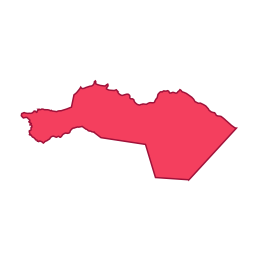 La Sorciere, Dennery, Saint Lucia, rotated 188°
{"feature_id": "8701671B33968538338102", "entity_name": "La Sorciere", "entity_type": "district", "adm_level": 2, "iso_a3": "LCA", "parent_name": "Saint Lucia", "parent_adm1": "Dennery", "projection": "albers", "projection_center": [-60.886, 13.974], "detail": "fine", "context": "isolated", "style": "filled", "palette": "rose", "viewbox_px": 256, "rotation_deg": 188, "n_neighbors": 0, "source": "geoboundaries", "source_scale": "gbopen_adm2", "svg_char_len": 5615}
<svg xmlns="http://www.w3.org/2000/svg" viewBox="0 0 256 256"><g transform="rotate(188 128 128)"><path d="M60.6,85.0L59.1,87.1L20.6,143.0L22.1,143.0L25.8,144.9L30.9,148.3L32.3,149.2L33.4,150.0L35.3,151.2L37.5,152.4L39.3,152.5L40.8,152.4L42.3,152.8L43.2,154.0L44.4,155.2L45.8,155.2L47.8,155.5L48.1,155.7L48.6,156.0L50.1,156.8L51.2,158.2L52.6,159.4L54.0,160.6L56.3,161.6L59.7,162.7L61.9,162.3L65.4,163.5L67.0,165.6L68.0,166.4L69.1,167.3L71.2,168.4L74.9,170.3L76.7,170.8L77.7,171.1L78.3,171.2L78.6,171.2L79.1,171.3L79.7,171.6L80.7,172.6L81.0,172.8L81.9,173.2L82.2,172.6L82.3,172.5L82.7,171.8L83.6,170.9L84.0,170.0L84.4,169.7L84.9,169.3L85.4,169.1L87.3,169.5L88.5,169.6L90.1,168.8L91.4,168.4L92.2,169.0L92.6,169.9L92.7,170.0L93.2,170.2L93.8,170.5L94.7,170.1L95.7,169.8L96.1,169.7L96.4,169.7L96.9,169.6L97.4,169.8L98.1,169.6L98.5,169.1L99.2,168.5L99.8,168.5L100.9,168.3L101.4,167.8L102.1,166.9L102.7,165.9L103.0,165.5L103.3,162.1L103.9,161.1L104.3,160.5L104.7,159.5L105.0,158.8L105.3,157.3L105.5,157.1L106.0,156.7L107.5,156.3L108.9,156.3L109.9,156.1L110.6,155.8L112.1,154.8L113.1,154.0L116.6,153.9L117.2,153.4L118.0,153.3L118.6,153.0L119.9,152.3L122.0,152.6L122.5,152.9L123.6,153.5L124.4,154.1L125.2,154.8L126.0,156.2L126.2,156.8L127.5,157.5L129.3,157.3L129.8,157.5L130.1,157.8L130.5,158.3L130.5,159.4L130.9,160.4L132.0,161.3L132.8,161.5L134.3,161.2L136.8,160.1L137.7,159.6L138.8,159.4L140.4,159.9L141.9,160.7L142.9,161.8L143.2,162.5L143.8,163.2L143.7,163.2L144.9,164.2L146.8,163.2L151.5,162.9L152.7,163.0L154.8,163.8L154.8,164.9L153.8,166.4L153.7,167.7L154.2,168.6L155.4,167.7L156.1,166.6L157.4,166.3L161.4,166.3L164.2,166.7L165.9,167.2L166.2,167.9L166.4,169.5L166.9,170.1L167.7,169.2L167.7,167.4L168.7,165.5L169.9,164.5L171.5,164.1L175.4,162.2L177.1,161.1L178.8,160.7L179.7,161.0L180.5,161.9L181.2,160.2L183.5,156.3L184.4,155.1L186.1,153.3L186.9,140.8L191.5,138.2L196.6,135.8L198.1,135.5L199.6,135.1L200.8,134.3L205.6,134.3L206.4,134.8L207.4,134.3L208.6,134.8L210.1,134.9L213.4,134.5L214.5,134.8L215.9,134.8L216.8,134.2L217.8,133.9L218.4,134.2L219.4,134.0L219.1,133.8L219.0,133.6L219.2,133.4L219.9,133.0L220.1,132.5L220.1,132.0L220.3,131.5L220.3,131.2L220.6,130.8L220.8,130.9L221.2,131.0L221.6,131.4L221.9,131.6L222.3,131.8L222.5,131.8L223.1,131.7L223.3,131.7L223.5,131.3L223.4,131.1L223.6,130.9L223.9,130.7L224.3,130.3L224.5,130.0L224.9,129.7L225.1,129.5L225.6,129.2L226.0,129.1L226.6,128.9L227.0,128.9L227.4,128.9L228.2,128.8L229.0,128.5L229.4,128.5L230.0,128.5L230.6,128.5L231.8,128.5L232.2,128.7L232.4,128.7L232.7,128.8L233.0,128.8L233.2,128.7L233.4,128.6L233.6,128.5L233.8,128.4L234.2,128.0L234.3,128.0L234.6,127.9L235.1,127.6L235.2,127.2L235.3,127.1L235.4,126.9L235.3,126.5L235.3,126.4L235.3,126.2L235.3,125.9L235.4,125.5L235.4,125.4L235.3,125.2L235.1,125.0L234.7,124.8L234.4,124.5L234.4,124.4L234.2,124.3L234.0,124.2L233.9,124.1L233.8,123.9L233.4,123.6L233.1,123.5L233.0,123.4L232.8,123.5L232.2,123.7L231.3,124.0L231.1,124.1L230.6,124.3L230.2,124.3L229.8,124.4L229.4,124.3L229.2,124.2L228.4,123.6L228.0,123.3L227.8,123.2L227.5,123.0L226.8,122.6L226.6,122.5L226.5,122.3L226.4,121.9L226.3,121.7L226.2,121.5L226.2,121.3L226.2,121.1L226.3,121.0L226.5,120.9L226.8,120.8L226.9,120.5L227.0,120.4L226.9,120.2L226.6,120.0L226.5,119.9L226.1,119.9L225.7,119.8L225.6,119.7L225.6,119.3L225.5,119.2L225.3,119.2L225.1,119.2L224.9,119.2L224.4,119.0L224.4,118.9L224.5,118.7L224.8,118.5L225.0,118.4L225.4,118.1L225.5,117.8L225.5,117.6L225.4,117.4L225.3,117.5L225.1,117.6L224.2,117.4L223.9,117.3L223.7,117.1L223.6,116.9L223.5,116.7L223.5,116.4L223.6,115.9L223.6,115.6L223.4,115.6L223.4,115.4L223.5,115.3L223.6,115.1L223.8,115.1L224.0,115.0L224.0,114.7L224.0,114.4L223.8,113.4L223.8,112.9L223.9,112.5L224.0,112.3L224.1,112.1L224.4,111.9L224.5,111.8L224.8,111.8L224.9,111.7L225.1,111.7L225.3,111.5L225.2,111.2L225.3,110.9L225.2,110.4L224.9,109.7L224.5,109.1L224.4,108.8L224.4,108.5L224.4,108.3L224.5,108.2L224.7,107.9L224.7,107.7L224.3,107.5L224.2,107.5L223.8,107.7L223.6,107.7L223.4,107.8L223.3,107.7L223.3,107.4L222.9,107.4L222.7,107.2L222.0,106.4L221.6,106.0L221.5,105.9L221.2,105.7L220.4,105.6L220.0,105.4L219.8,105.2L219.0,104.7L218.5,104.4L218.4,104.2L218.1,103.7L217.9,103.5L217.7,103.4L217.0,103.4L216.8,103.3L216.4,103.2L216.2,102.8L216.1,102.5L216.0,102.4L215.8,102.3L215.3,102.3L215.0,102.3L214.7,102.1L214.2,102.3L214.0,102.7L213.9,102.7L213.5,102.8L213.0,102.8L211.6,102.4L210.9,102.1L210.6,101.8L210.1,101.5L209.7,101.3L208.9,102.2L208.7,102.6L208.2,103.2L207.6,103.5L206.2,104.4L205.7,104.9L205.4,105.2L204.5,105.9L204.1,106.3L204.0,106.6L203.6,107.3L203.5,107.6L203.1,108.2L202.8,108.5L202.6,108.7L202.4,108.8L202.2,109.0L201.5,109.3L200.9,109.5L200.5,109.5L199.9,109.4L199.6,109.3L199.3,109.3L199.0,109.2L198.3,109.0L198.0,108.9L197.6,108.9L197.4,109.0L196.6,109.6L195.7,110.1L195.2,110.0L195.0,109.9L194.8,109.8L194.5,109.7L194.2,109.4L193.7,109.4L193.6,109.5L193.3,109.7L192.8,110.4L192.4,111.0L192.2,111.5L192.1,111.8L191.9,112.1L191.4,112.7L190.9,113.2L190.0,113.8L189.7,114.0L189.3,114.2L188.9,114.3L188.5,114.3L188.2,114.3L187.7,114.3L187.2,114.3L186.8,114.4L186.6,114.5L186.2,114.7L185.8,114.8L185.1,115.5L184.7,117.3L183.9,118.6L183.5,119.0L183.1,119.7L182.8,119.9L181.6,120.5L181.2,120.5L179.8,121.3L179.1,121.5L178.1,122.0L176.8,122.0L175.8,122.4L174.5,122.8L173.7,123.2L172.0,122.3L170.6,121.6L169.3,120.9L168.8,120.9L168.3,120.8L167.7,120.4L167.1,119.9L166.0,119.6L165.3,119.7L164.5,119.7L163.7,119.4L163.3,119.2L162.4,119.2L161.8,119.2L161.2,119.0L160.9,119.1L160.9,118.9L153.5,114.7L108.5,114.2L108.2,113.8L93.9,82.8L60.7,85.2L60.6,85.0Z" fill="#f43f5e" stroke="#9f1239" stroke-width="1.5"/></g></svg>